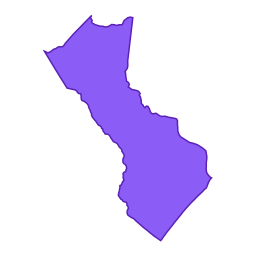 outline of Itaporanga d'Ajuda, Sergipe, Brazil
{"feature_id": "56859067B93540245616109", "entity_name": "Itaporanga d'Ajuda", "entity_type": "district", "adm_level": 2, "iso_a3": "BRA", "parent_name": "Brazil", "parent_adm1": "Sergipe", "projection": "orthographic", "projection_center": [-37.32, -11.059], "detail": "fine", "context": "isolated", "style": "filled", "palette": "violet", "viewbox_px": 256, "rotation_deg": 0, "n_neighbors": 0, "source": "geoboundaries", "source_scale": "gbopen_adm2", "svg_char_len": 3031}
<svg xmlns="http://www.w3.org/2000/svg" viewBox="0 0 256 256"><path d="M205.8,150.7L202.1,147.7L197.6,144.9L195.9,144.2L192.8,143.2L190.2,142.6L188.7,142.0L187.4,141.1L180.8,136.9L179.2,135.0L177.8,131.2L177.7,126.6L177.4,124.3L177.5,122.3L177.4,120.4L176.6,119.0L175.3,118.5L171.9,117.8L169.3,117.4L164.9,116.2L162.5,116.4L160.8,116.3L158.3,114.9L156.4,113.4L154.6,113.4L153.2,113.9L151.2,113.2L150.1,111.1L149.3,108.6L148.0,106.4L146.4,106.1L145.0,107.7L143.7,106.6L142.9,105.0L141.2,103.3L141.3,101.3L140.8,98.4L140.2,96.4L139.3,95.2L140.1,93.4L139.0,91.9L137.8,90.9L135.4,90.2L131.9,89.5L129.7,87.9L128.3,87.0L129.4,84.4L128.4,82.4L126.6,81.4L126.4,79.6L126.1,78.2L125.8,76.6L125.7,74.9L125.6,73.2L125.0,71.8L126.1,70.1L127.3,68.3L127.8,66.1L127.7,60.9L132.8,17.7L130.4,17.1L127.7,17.7L126.6,18.7L125.4,19.6L124.2,20.4L123.1,22.8L122.1,24.7L118.8,24.8L116.7,25.5L114.7,24.8L111.7,24.5L108.3,26.5L106.8,26.8L105.2,27.0L103.1,26.3L100.2,26.2L98.1,25.6L96.6,25.1L95.2,24.8L93.9,23.9L92.4,23.3L91.5,22.0L92.2,20.6L91.4,19.3L90.5,17.7L91.7,15.4L73.3,34.2L66.8,41.6L65.5,43.0L64.0,45.3L62.4,46.8L60.6,46.8L59.1,46.7L57.5,47.4L55.8,48.6L54.0,49.1L52.5,50.1L50.9,51.5L48.5,52.6L47.0,52.6L45.7,51.7L44.4,51.2L55.3,69.2L56.4,71.0L58.0,73.5L59.6,76.2L67.1,88.1L75.1,89.9L76.7,90.9L77.5,92.5L79.0,93.6L80.8,93.7L81.1,96.2L81.2,97.7L81.3,99.2L82.2,100.7L83.8,101.1L85.1,102.0L86.3,102.9L87.4,103.9L88.4,105.6L88.6,107.0L89.3,108.7L90.2,110.2L90.5,111.9L91.5,113.5L91.6,115.5L92.6,117.4L93.8,118.9L94.9,120.3L96.0,121.4L96.7,122.6L97.7,124.1L98.6,125.2L100.1,125.9L101.2,126.9L101.6,128.4L102.9,129.2L103.0,130.9L104.2,132.4L105.4,134.2L106.9,134.0L108.6,134.6L109.8,135.9L110.8,137.9L112.2,139.8L113.3,141.6L115.5,142.6L117.0,143.4L118.0,144.7L119.2,147.0L120.6,148.3L121.6,149.4L121.8,151.1L123.0,153.0L123.9,154.5L124.3,155.9L123.6,157.5L123.0,158.9L122.9,160.7L123.1,162.6L124.0,163.7L125.3,164.5L126.4,166.3L126.6,168.3L126.0,170.0L125.6,171.6L123.9,172.3L123.0,173.7L123.3,175.1L123.1,177.5L123.9,180.1L122.5,182.0L121.9,183.7L121.3,185.0L119.9,185.5L119.9,187.5L119.5,189.6L119.1,191.7L118.5,193.7L118.4,195.6L119.8,197.6L120.9,199.2L122.4,200.1L123.1,201.3L124.8,202.0L126.2,202.2L126.9,203.6L127.0,205.5L128.1,206.6L128.3,208.4L127.6,209.8L127.1,211.5L127.2,213.7L127.9,215.1L129.7,216.4L131.7,217.7L134.1,218.9L135.5,220.5L143.4,227.4L147.7,230.8L149.1,232.0L150.2,232.9L151.7,234.1L153.6,235.7L160.7,240.6L161.9,239.2L162.8,237.7L164.3,235.7L165.2,234.5L166.2,233.0L167.1,231.9L168.0,230.8L169.1,229.4L170.8,227.2L172.7,224.9L173.8,223.4L174.9,222.0L176.1,220.5L177.2,219.2L178.2,217.9L179.7,216.1L180.6,215.0L181.8,213.5L183.0,211.9L184.5,210.2L185.4,209.0L186.7,207.6L188.2,206.0L189.6,204.4L191.4,202.5L194.6,199.4L196.6,197.2L199.0,194.9L200.8,193.2L202.1,192.0L204.6,189.3L205.9,188.4L206.8,186.9L207.6,184.7L208.5,182.4L209.9,179.8L211.6,177.9L210.0,177.0L208.0,174.7L206.9,173.1L206.4,171.1L206.2,169.2L206.3,167.6L206.3,162.5L206.8,158.3L206.8,156.3L205.8,150.7Z" fill="#8b5cf6" stroke="#5b21b6" stroke-width="1.5"/></svg>